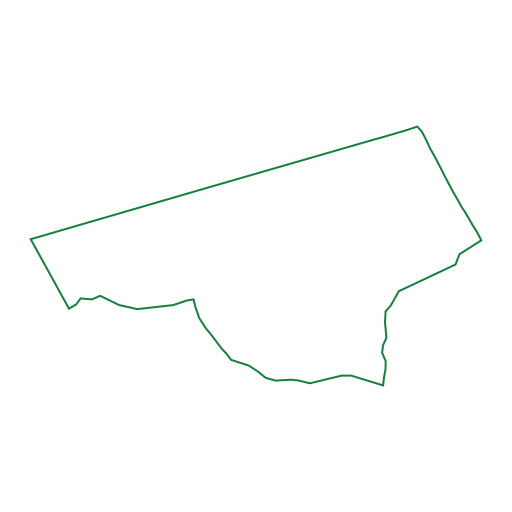 Tibau, Rio Grande do Norte, Brazil
{"feature_id": "56859067B59166838740608", "entity_name": "Tibau", "entity_type": "district", "adm_level": 2, "iso_a3": "BRA", "parent_name": "Brazil", "parent_adm1": "Rio Grande do Norte", "projection": "robinson", "projection_center": [-37.303, -4.888], "detail": "fine", "context": "isolated", "style": "outline", "palette": "green", "viewbox_px": 512, "rotation_deg": 0, "n_neighbors": 0, "source": "geoboundaries", "source_scale": "gbopen_adm2", "svg_char_len": 913}
<svg xmlns="http://www.w3.org/2000/svg" viewBox="0 0 512 512"><path d="M30.7,239.2L69.0,308.7L76.2,304.4L80.6,298.4L92.0,299.4L100.2,295.8L119.2,305.1L126.2,306.6L137.1,309.1L173.2,305.1L186.7,300.5L193.5,299.4L195.5,307.3L199.3,318.2L205.8,328.2L211.1,334.6L221.8,348.8L226.2,353.4L231.2,359.9L248.8,365.6L258.0,371.6L265.8,377.9L275.7,380.6L291.2,379.7L297.8,380.4L309.9,383.3L341.6,375.6L351.1,375.6L383.1,385.4L384.0,377.2L385.6,368.8L385.6,360.9L382.1,352.7L383.1,345.2L386.4,337.8L385.0,322.1L385.6,311.4L390.8,305.5L398.8,291.2L455.5,264.5L459.5,254.2L474.9,244.4L481.3,240.3L476.9,231.9L472.1,224.3L468.7,218.3L464.9,211.9L461.2,206.3L457.7,199.9L453.3,192.3L448.6,183.5L445.5,177.7L442.0,170.6L438.6,164.0L435.2,157.5L430.2,148.6L425.4,138.4L421.6,131.2L417.2,126.6L406.4,130.2L396.2,133.2L381.5,137.5L374.2,139.5L364.8,142.2L209.9,187.0L30.7,239.2Z" fill="none" stroke="#15803d" stroke-width="2"/></svg>